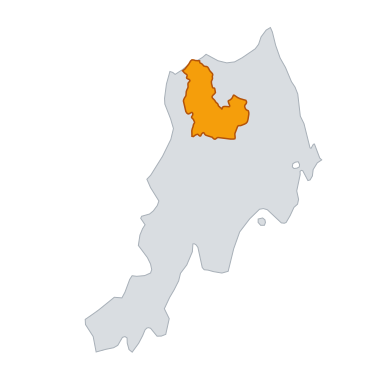 Aragatsotn on a map of Armenia (Robinson projection), rotated 77°
{"feature_id": "ARM-1553", "entity_name": "Aragatsotn", "entity_type": "Province", "adm_level": 1, "iso_a3": "ARM", "parent_name": "Armenia", "parent_adm1": "", "projection": "robinson", "projection_center": [44.108, 40.464], "detail": "fine", "context": "in_parent", "style": "filled", "palette": "amber", "viewbox_px": 384, "rotation_deg": 77, "n_neighbors": 0, "source": "natural_earth", "source_scale": "10m", "svg_char_len": 4433}
<svg xmlns="http://www.w3.org/2000/svg" viewBox="0 0 384 384"><g transform="rotate(77 192 192)"><path d="M169.4,233.1L166.3,228.4L150.6,212.7L136.0,200.8L126.0,195.8L115.9,196.4L100.3,198.7L94.6,197.7L81.0,192.6L69.6,186.4L71.2,183.8L73.6,182.0L70.7,174.0L64.5,161.1L65.1,157.1L63.2,151.5L61.0,147.3L69.9,137.2L74.0,129.1L74.8,121.2L72.5,113.0L66.7,98.2L63.1,93.9L56.4,89.8L50.9,83.3L49.4,78.6L54.2,77.7L67.9,77.5L81.3,76.0L91.7,72.9L106.8,70.3L113.0,68.0L120.3,66.9L142.4,69.4L150.7,67.5L175.5,67.1L176.2,66.2L172.8,63.0L172.8,61.9L187.6,59.9L189.9,58.4L191.8,63.4L197.4,68.9L203.5,71.1L206.8,74.2L206.9,76.5L196.2,79.3L195.5,80.7L196.2,82.1L199.4,82.7L214.5,89.7L223.1,89.8L227.6,91.9L229.9,96.1L237.1,101.7L242.9,107.2L243.2,109.1L242.2,111.9L226.2,122.6L224.2,126.2L224.0,130.1L231.1,141.8L241.6,154.5L256.6,164.1L277.4,174.6L277.7,181.1L274.5,188.8L271.7,194.0L270.5,197.6L268.0,199.0L247.3,198.7L244.3,200.0L242.9,201.5L242.8,202.8L250.3,205.1L261.9,213.5L268.6,221.5L275.6,225.0L283.4,231.5L289.7,237.5L299.5,245.2L310.3,242.7L324.8,249.6L325.5,254.3L324.6,258.5L315.5,263.0L314.4,264.9L314.4,266.5L315.7,268.7L321.0,272.5L327.4,278.0L334.6,286.3L331.4,288.8L324.8,289.1L319.6,288.1L317.8,289.8L318.0,292.5L324.7,298.8L326.1,303.4L325.9,311.4L326.3,321.4L310.6,320.8L297.2,325.6L292.1,324.7L288.7,316.1L285.8,309.2L277.1,291.4L279.4,284.1L274.6,279.9L263.1,272.3L260.1,269.2L261.7,264.9L262.8,257.0L261.6,250.6L258.5,248.7L252.8,248.6L245.9,250.2L232.0,256.3L222.2,252.4L216.6,248.4L213.4,245.1L206.1,247.9L204.3,246.5L203.9,238.3L201.7,233.9L197.3,228.8L193.3,226.3L178.4,231.4L169.4,233.1ZM192.0,87.4L192.4,84.4L191.7,81.8L189.3,81.0L186.4,81.7L186.2,84.6L187.1,87.4L190.1,88.6L192.0,87.4ZM239.9,132.6L236.5,134.4L233.2,133.6L233.2,129.0L235.5,127.2L238.2,127.3L240.7,128.9L239.9,132.6Z" fill="#d9dde1" stroke="#a8b0b8" stroke-width="1"/><path d="M71.8,173.9L70.5,171.1L66.5,166.2L64.1,164.0L63.2,162.3L63.8,160.5L64.6,159.3L65.9,155.1L67.5,155.3L67.9,155.2L68.3,154.8L68.9,154.0L69.6,153.4L71.4,152.4L72.1,151.9L72.5,151.0L72.8,150.4L72.9,149.8L73.3,149.2L73.9,148.6L75.1,148.1L77.6,147.5L78.4,147.1L81.2,145.5L81.8,145.4L82.5,145.4L83.9,146.2L84.4,146.3L85.5,146.4L86.0,146.5L86.5,146.7L88.4,148.1L88.9,148.3L89.4,148.4L90.9,148.6L94.6,148.5L95.1,148.3L95.4,148.0L95.6,147.4L95.7,147.0L96.0,146.7L96.5,146.6L100.3,146.8L100.6,147.1L101.2,147.8L102.6,150.1L103.0,150.5L103.3,150.8L103.7,151.0L104.2,151.1L104.7,151.0L105.3,150.8L107.7,149.3L110.2,148.4L111.5,147.3L111.9,147.2L112.3,147.0L113.9,146.9L114.3,146.7L114.7,146.4L115.2,146.0L116.0,145.6L116.3,145.4L116.7,144.8L117.1,144.6L117.8,144.2L117.6,143.9L116.6,143.3L116.3,143.1L116.1,142.8L115.9,142.3L115.9,141.5L116.2,140.0L117.1,137.2L117.2,136.6L117.2,136.2L116.7,135.9L116.1,135.8L113.3,136.3L112.0,136.3L111.6,136.3L111.3,136.0L111.1,135.6L110.9,134.4L110.7,133.8L110.4,133.3L109.9,132.4L109.2,131.6L108.4,130.9L107.1,129.9L107.0,129.5L107.3,129.0L110.3,126.2L111.8,124.3L114.8,118.9L116.0,118.6L116.4,118.6L117.0,118.7L117.6,119.0L118.3,119.6L119.1,120.7L119.6,121.1L120.3,121.4L121.3,121.5L122.8,121.2L123.8,120.8L124.5,120.2L125.2,119.2L125.4,119.0L125.8,118.8L126.2,118.8L127.4,118.8L128.9,119.1L133.6,121.0L135.9,122.2L136.5,122.9L137.1,123.7L137.6,125.3L138.2,129.1L138.2,130.1L137.8,131.7L137.9,132.1L138.5,132.9L144.3,136.8L145.1,137.2L148.5,137.7L149.1,137.9L149.8,138.3L149.7,140.0L149.0,142.8L144.7,154.5L144.9,155.5L145.6,157.0L145.7,157.7L145.4,158.5L144.6,159.2L143.2,160.0L139.9,165.6L139.1,166.3L138.3,166.7L137.6,166.9L137.0,167.1L136.7,167.7L136.8,168.3L137.5,169.4L138.1,170.0L139.1,170.7L139.3,171.1L139.3,171.6L138.9,172.1L138.4,172.5L137.3,173.2L137.0,173.6L137.0,174.4L137.2,175.7L138.3,178.2L137.7,179.5L132.3,178.4L130.4,177.5L128.7,176.4L128.3,176.1L127.8,176.0L126.3,175.2L125.8,174.6L125.3,174.1L124.6,173.8L123.7,173.9L121.8,174.3L120.8,174.8L120.0,175.3L119.5,175.6L118.9,175.6L118.3,175.2L117.5,174.3L117.1,174.0L116.7,173.8L116.2,173.7L115.6,173.6L115.1,173.7L114.5,174.1L114.4,174.8L114.6,175.5L115.1,177.1L115.1,178.2L114.1,179.2L112.2,179.9L101.4,179.9L100.7,179.6L100.0,179.2L98.6,178.1L97.2,176.6L96.4,176.1L92.9,175.0L91.7,174.3L89.4,172.5L89.0,172.3L88.3,172.1L86.0,171.7L85.2,171.4L84.7,171.0L83.6,169.4L83.2,169.0L82.7,169.0L82.0,169.2L81.2,170.2L80.6,171.0L80.0,171.5L79.4,171.6L78.5,171.1L77.8,170.6L77.0,170.5L76.3,170.8L74.2,172.6L71.9,173.8L71.8,173.9Z" fill="#f59e0b" stroke="#b45309" stroke-width="1.5"/></g></svg>